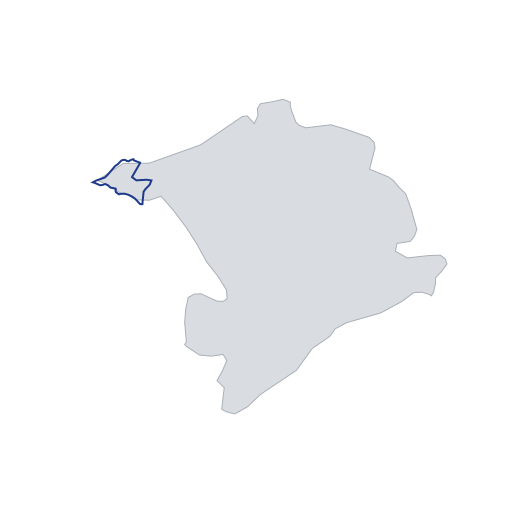 Montenegro, with Ulcinj highlighted, rotated 113°
{"feature_id": "MNE-1497", "entity_name": "Ulcinj", "entity_type": "Municipality", "adm_level": 1, "iso_a3": "MNE", "parent_name": "Montenegro", "parent_adm1": "", "projection": "equal_earth", "projection_center": [19.282, 41.979], "detail": "fine", "context": "in_parent", "style": "outline", "palette": "blue", "viewbox_px": 512, "rotation_deg": 113, "n_neighbors": 0, "source": "natural_earth", "source_scale": "10m", "svg_char_len": 1931}
<svg xmlns="http://www.w3.org/2000/svg" viewBox="0 0 512 512"><g transform="rotate(113 256 256)"><path d="M224.2,79.0L223.7,81.5L224.5,89.1L228.1,96.5L240.9,104.0L259.7,119.0L281.9,146.5L292.1,154.7L301.2,156.7L319.1,168.1L331.5,170.9L345.4,174.1L381.8,197.9L398.1,204.9L409.7,213.9L411.0,222.4L410.5,227.7L389.6,233.8L386.0,243.2L375.8,242.1L363.5,242.0L359.5,247.9L365.5,257.7L369.3,269.2L366.3,285.0L365.3,287.1L362.3,286.5L345.0,295.7L332.2,300.0L320.6,302.2L315.1,297.8L312.3,291.8L312.8,274.4L310.7,268.6L306.7,265.8L298.8,269.9L289.5,283.2L281.0,298.8L268.1,315.1L257.4,330.7L246.0,350.4L238.1,366.7L246.3,375.9L251.3,388.7L249.7,398.3L251.2,403.9L248.7,420.8L248.2,431.4L222.7,414.4L212.3,390.6L175.2,350.3L132.8,323.0L130.5,318.7L132.9,313.4L134.9,309.3L126.1,309.0L119.9,312.3L114.1,311.4L107.5,301.1L101.2,292.3L101.0,284.5L103.9,283.4L108.1,280.3L117.1,271.7L118.9,267.1L118.5,260.2L106.0,238.4L104.3,224.2L102.6,198.0L105.3,191.7L109.9,188.7L131.7,185.4L131.5,165.0L132.9,158.9L137.2,150.4L140.1,142.6L152.2,131.5L168.7,118.3L175.9,117.9L182.2,119.7L189.3,131.1L197.1,129.6L198.7,116.0L188.6,98.1L183.2,86.6L184.9,80.4L188.7,77.1L197.4,79.1L205.7,82.2L211.0,80.1L219.3,78.5L224.2,79.0Z" fill="#d9dde1" stroke="#a8b0b8" stroke-width="1"/><path d="M252.6,380.8L253.0,381.2L253.4,383.3L250.5,389.6L249.7,393.3L249.5,397.5L250.1,401.6L251.6,404.8L252.8,406.3L252.0,409.9L251.0,410.7L249.7,410.9L248.8,411.6L249.9,416.6L249.5,418.1L248.9,419.2L248.7,420.3L248.7,421.7L248.6,422.6L249.0,423.4L250.5,424.9L251.8,427.1L251.7,432.7L251.9,434.9L248.9,432.5L242.9,425.9L240.1,424.6L228.2,420.8L225.4,419.0L221.4,417.5L220.1,416.7L218.8,414.5L218.7,413.4L219.0,412.2L218.5,410.1L217.7,409.7L216.0,408.2L214.8,406.6L215.6,405.8L215.7,404.9L215.4,399.2L216.4,399.1L231.8,401.0L233.1,395.7L228.5,386.4L227.3,381.8L231.8,381.7L237.6,383.9L240.7,384.6L250.7,381.5L252.6,380.8Z" fill="none" stroke="#1e3a8a" stroke-width="2"/></g></svg>